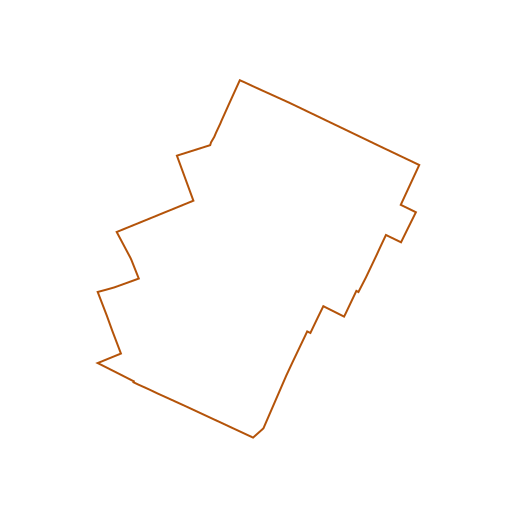 the district of Maipú, Buenos Aires, Argentina, rotated 163°
{"feature_id": "61730980B20857642636660", "entity_name": "Maipú", "entity_type": "district", "adm_level": 2, "iso_a3": "ARG", "parent_name": "Argentina", "parent_adm1": "Buenos Aires", "projection": "mercator", "projection_center": [-57.539, -36.886], "detail": "fine", "context": "isolated", "style": "outline", "palette": "amber", "viewbox_px": 512, "rotation_deg": 163, "n_neighbors": 0, "source": "geoboundaries", "source_scale": "gbopen_adm2", "svg_char_len": 930}
<svg xmlns="http://www.w3.org/2000/svg" viewBox="0 0 512 512"><g transform="rotate(163 256 256)"><path d="M438.7,199.9L416.9,179.0L410.9,173.2L409.5,171.9L410.1,171.1L406.1,167.4L398.3,160.6L390.1,153.1L371.5,136.7L369.8,135.2L311.9,83.2L299.3,89.0L262.0,132.8L251.8,144.1L239.7,157.3L232.8,164.8L229.1,168.9L226.5,166.5L214.9,179.1L206.3,188.3L189.5,172.3L187.3,174.6L170.2,193.3L168.6,191.6L157.1,203.4L139.9,222.2L136.1,226.5L125.6,238.1L113.3,226.7L102.6,238.1L90.3,251.1L102.6,262.6L73.3,295.3L102.5,322.0L179.0,392.5L201.7,412.5L209.6,419.5L216.8,426.0L220.1,428.8L237.6,409.0L243.1,402.7L249.5,395.4L251.3,393.2L258.0,385.8L261.1,382.1L265.8,377.8L267.4,375.4L302.3,375.1L299.7,327.2L382.2,319.7L376.6,290.9L376.3,288.6L374.7,268.7L400.7,267.4L405.8,267.5L409.9,267.6L417.9,267.9L416.1,242.5L415.7,234.5L415.3,226.4L414.3,211.4L413.7,202.2L425.7,201.1L438.7,199.9Z" fill="none" stroke="#b45309" stroke-width="2"/></g></svg>